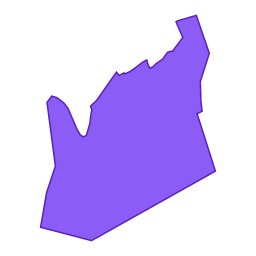 the district of Darwin Waterfront Precinct, Australia
{"feature_id": "25037944B77006542086789", "entity_name": "Darwin Waterfront Precinct", "entity_type": "district", "adm_level": 2, "iso_a3": "AUS", "parent_name": "Australia", "parent_adm1": "", "projection": "equal_earth", "projection_center": [130.846, -12.469], "detail": "fine", "context": "isolated", "style": "filled", "palette": "violet", "viewbox_px": 256, "rotation_deg": 0, "n_neighbors": 0, "source": "geoboundaries", "source_scale": "gbopen_adm2", "svg_char_len": 695}
<svg xmlns="http://www.w3.org/2000/svg" viewBox="0 0 256 256"><path d="M47.0,102.4L55.4,166.1L46.6,192.6L40.6,227.3L91.5,240.6L215.4,171.1L197.1,113.7L202.1,111.3L200.8,100.2L200.8,96.9L200.3,81.7L209.3,53.3L196.3,15.4L177.6,20.8L176.0,21.9L182.8,37.5L173.1,50.4L173.0,51.4L171.6,51.1L167.7,52.2L162.2,59.5L156.1,63.6L153.2,66.7L150.1,68.3L148.1,65.0L146.7,60.0L143.2,61.8L134.9,68.1L130.2,71.4L124.8,73.9L124.0,72.9L119.1,75.5L116.5,72.1L108.2,83.8L96.8,100.2L90.6,106.1L91.8,109.8L90.9,114.9L89.9,123.4L87.8,130.5L86.9,133.5L86.4,135.2L84.9,136.2L83.0,136.8L80.0,134.5L76.9,129.0L67.9,108.2L64.0,103.1L57.2,97.8L51.8,96.1L47.0,102.4Z" fill="#8b5cf6" stroke="#5b21b6" stroke-width="1.5"/></svg>